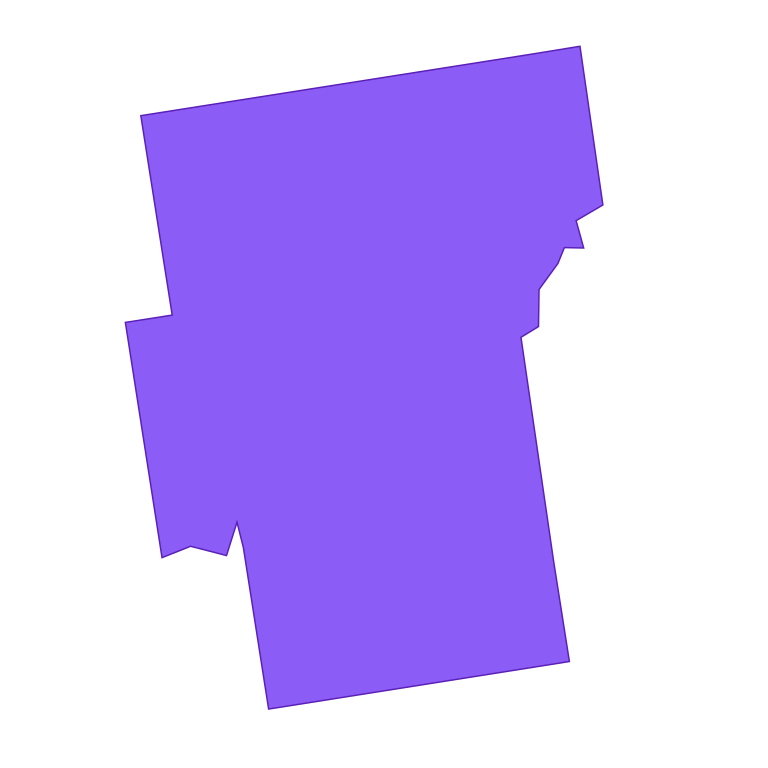 Hughes, Oklahoma, United States of America, rotated 351°
{"feature_id": "52423323B77879682345533", "entity_name": "Hughes", "entity_type": "district", "adm_level": 2, "iso_a3": "USA", "parent_name": "United States of America", "parent_adm1": "Oklahoma", "projection": "robinson", "projection_center": [-96.231, 35.029], "detail": "fine", "context": "isolated", "style": "filled", "palette": "violet", "viewbox_px": 768, "rotation_deg": 351, "n_neighbors": 0, "source": "geoboundaries", "source_scale": "gbopen_adm2", "svg_char_len": 443}
<svg xmlns="http://www.w3.org/2000/svg" viewBox="0 0 768 768"><g transform="rotate(351 384 384)"><path d="M185.8,80.9L185.6,282.8L138.2,282.7L137.6,520.8L167.5,514.0L201.6,528.8L217.2,497.5L219.5,523.4L219.5,535.3L219.2,687.0L523.7,687.1L523.8,586.0L526.6,359.3L545.6,351.4L551.9,314.9L574.6,292.2L583.5,277.5L602.5,280.9L599.3,252.7L628.2,241.4L630.4,81.1L579.0,81.3L185.8,80.9Z" fill="#8b5cf6" stroke="#5b21b6" stroke-width="1.5"/></g></svg>